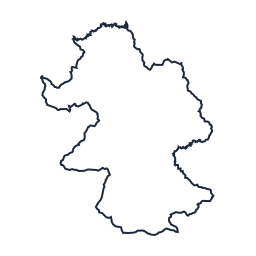 the district of Frontino, Antioquia, Colombia, rotated 275°
{"feature_id": "7082276B55933197621379", "entity_name": "Frontino", "entity_type": "district", "adm_level": 2, "iso_a3": "COL", "parent_name": "Colombia", "parent_adm1": "Antioquia", "projection": "mercator", "projection_center": [-76.301, 6.705], "detail": "fine", "context": "isolated", "style": "outline", "palette": "slate", "viewbox_px": 256, "rotation_deg": 275, "n_neighbors": 0, "source": "geoboundaries", "source_scale": "gbopen_adm2", "svg_char_len": 5825}
<svg xmlns="http://www.w3.org/2000/svg" viewBox="0 0 256 256"><g transform="rotate(275 128 128)"><path d="M171.0,37.0L170.3,37.0L169.8,37.8L166.1,39.6L164.9,41.1L162.9,42.0L161.3,41.6L159.0,41.6L155.5,39.9L153.2,39.9L150.8,42.0L149.5,43.8L146.9,44.0L144.0,45.6L142.0,53.3L141.3,54.9L139.8,56.6L139.9,57.7L141.0,59.0L141.5,65.1L139.4,68.3L141.0,68.9L144.8,67.3L144.2,69.3L147.5,72.8L147.2,73.5L145.6,74.0L145.1,76.5L147.1,80.0L148.5,80.8L148.1,81.4L149.9,84.2L149.5,86.1L147.9,86.8L147.3,87.9L145.1,88.8L143.1,90.5L141.1,94.8L139.6,96.5L138.7,96.3L136.9,97.1L134.6,96.8L133.9,97.2L133.1,98.6L132.7,98.4L130.4,96.3L127.8,95.2L126.9,94.4L127.3,90.6L126.8,89.7L125.8,89.1L125.6,88.3L121.4,86.7L118.9,85.1L114.9,85.7L112.3,85.3L110.6,82.2L108.0,80.0L106.9,80.6L106.0,78.1L104.5,76.5L102.1,75.2L100.6,75.2L99.1,74.6L97.9,72.1L96.2,70.7L95.3,68.0L94.5,67.0L90.5,66.0L89.5,64.3L88.4,64.5L87.7,64.0L86.5,64.0L85.3,64.9L85.5,66.0L84.6,67.2L81.9,69.1L81.1,73.4L82.2,76.1L81.7,77.7L81.8,80.1L80.9,82.8L81.5,87.9L83.2,91.8L83.4,99.9L82.9,102.2L86.1,106.3L85.2,108.0L85.3,109.0L85.9,110.2L85.4,111.1L79.8,114.0L78.3,112.1L74.6,110.7L74.3,110.3L73.5,110.4L71.1,109.7L69.5,108.7L67.4,109.7L66.1,109.0L56.9,108.0L54.0,107.0L50.3,104.5L46.5,102.9L44.4,104.7L43.8,106.0L41.5,106.7L40.8,109.9L37.3,114.1L36.8,116.2L37.0,117.6L37.8,118.8L32.9,120.1L30.8,121.5L29.0,124.1L28.5,129.8L25.8,130.6L22.9,132.4L23.3,133.7L23.4,137.4L24.3,142.9L25.1,144.9L26.5,146.4L27.2,152.0L26.4,154.1L24.6,156.9L24.6,158.5L23.8,160.1L23.7,163.8L25.3,166.7L26.6,167.7L27.0,169.4L28.1,171.4L30.8,174.2L31.2,175.3L30.1,179.7L30.0,182.6L28.8,184.7L28.7,186.6L31.9,185.9L33.5,184.8L35.7,179.1L37.2,178.6L38.4,177.2L40.6,176.8L42.2,176.9L43.3,178.6L44.6,178.6L45.5,178.0L48.4,183.2L48.0,185.6L48.1,187.8L48.6,189.3L49.7,191.0L48.8,192.7L46.5,194.2L45.9,195.6L47.6,196.9L47.9,198.7L49.0,200.0L49.4,201.5L50.5,202.7L52.2,202.8L53.0,203.9L55.4,205.2L56.9,205.0L57.7,203.9L58.7,204.4L59.0,206.3L59.6,207.1L61.0,207.5L61.9,208.7L62.3,216.1L65.2,217.6L66.3,217.7L66.8,218.5L67.8,219.0L70.4,216.5L73.3,215.8L73.9,214.7L74.3,211.3L75.0,209.6L74.8,207.5L75.6,206.5L75.3,205.6L75.7,203.1L77.6,202.0L76.8,200.3L76.8,198.9L78.7,196.3L81.2,194.2L83.6,191.0L83.4,189.3L85.9,189.3L87.3,187.4L88.4,186.6L89.8,186.3L89.4,184.6L91.0,183.9L92.2,183.9L91.7,181.6L95.4,181.1L95.5,179.1L94.9,178.6L95.5,177.7L97.5,177.9L98.3,177.4L99.1,178.1L99.8,177.6L101.3,177.8L103.5,176.9L104.5,175.7L105.7,176.3L106.3,175.1L107.9,176.5L108.9,176.4L109.4,178.0L110.1,178.8L111.2,179.0L111.7,179.9L113.5,179.9L113.0,180.4L113.4,181.9L112.9,182.6L112.5,182.6L112.4,183.1L113.8,184.6L113.0,185.0L113.3,185.9L112.5,187.0L112.9,187.7L114.1,187.4L114.2,188.3L115.1,188.3L115.6,188.9L115.7,190.0L116.3,190.2L116.6,190.7L115.8,192.0L117.0,192.5L118.3,190.9L118.5,191.3L118.0,192.9L118.8,193.0L119.8,193.8L120.9,193.6L121.4,194.2L120.9,196.4L120.0,196.5L120.4,197.2L120.1,198.0L121.0,198.4L121.4,199.5L122.4,199.7L122.5,200.1L122.2,201.1L121.0,201.0L120.5,203.2L121.7,205.9L123.1,206.7L123.5,208.5L125.0,209.3L127.7,209.7L128.4,210.5L130.2,211.0L131.9,212.0L133.0,211.9L134.9,210.8L136.2,211.5L138.2,210.6L138.6,209.2L140.7,208.2L141.3,207.1L141.3,203.8L143.9,203.1L144.6,200.9L146.5,199.1L147.5,199.4L149.4,198.8L150.3,198.3L150.9,197.0L151.8,198.0L153.1,197.9L154.7,199.4L155.6,199.1L157.7,199.6L159.1,198.4L161.3,198.4L162.7,194.7L164.4,193.3L165.2,191.8L167.1,190.1L167.7,188.7L169.6,187.2L170.2,185.8L170.4,184.4L175.4,183.3L177.8,184.3L178.9,184.3L179.9,183.5L180.8,183.4L181.0,182.5L182.4,181.5L183.1,180.6L183.3,178.4L186.2,179.0L188.6,178.7L190.5,177.1L191.2,177.1L191.6,177.7L192.2,177.7L194.0,176.9L195.3,175.8L197.2,175.5L196.3,173.9L198.2,168.6L197.1,166.0L200.2,161.7L199.4,161.2L199.4,159.9L198.1,158.1L193.9,156.8L193.3,149.9L194.4,148.2L192.8,147.6L192.3,146.8L190.0,146.2L187.9,144.9L188.6,143.2L190.3,141.0L191.3,138.9L193.3,138.2L194.5,138.6L196.5,136.6L199.2,136.1L201.5,136.3L202.8,136.1L204.6,133.7L207.3,132.8L207.7,132.1L207.3,131.5L207.4,130.3L209.3,127.3L210.2,126.8L213.0,127.3L214.1,126.5L216.6,127.0L217.6,125.5L221.8,124.5L224.0,122.8L224.9,121.7L225.2,119.7L226.6,118.5L228.9,118.7L231.2,118.2L233.1,116.9L232.4,116.7L231.0,117.1L230.4,116.1L229.7,115.9L229.3,116.4L229.5,117.1L229.2,117.7L227.4,116.4L228.5,114.8L227.8,114.4L228.0,113.1L228.8,112.9L227.9,111.0L227.2,110.9L227.2,110.4L227.7,109.6L228.5,109.6L228.3,108.8L228.6,107.3L229.4,107.0L230.4,107.3L230.9,106.5L230.4,106.0L230.6,105.4L229.8,105.4L228.7,104.1L227.9,103.9L227.4,103.4L228.6,103.0L229.4,103.2L229.8,102.7L229.0,101.3L228.2,100.8L228.9,100.3L228.8,99.7L228.3,99.3L228.6,98.7L228.4,97.6L227.7,97.9L227.3,97.3L227.9,96.3L228.9,96.8L229.2,96.3L229.7,96.3L229.1,95.0L229.6,94.5L230.1,95.0L230.4,94.3L229.0,93.4L228.9,92.2L227.9,91.9L227.3,92.6L226.8,92.6L225.2,90.7L224.9,89.2L222.9,88.2L222.8,87.5L221.8,87.2L222.0,86.0L221.1,85.3L222.0,83.6L220.8,83.0L220.4,82.2L218.7,82.5L218.1,81.3L217.3,82.2L217.2,81.1L216.8,80.8L217.2,80.4L216.5,80.0L216.9,79.6L216.0,79.7L216.0,78.8L215.2,78.3L214.8,78.6L214.3,78.0L213.7,78.1L213.9,77.2L212.2,75.3L212.0,74.5L212.4,74.3L212.8,72.9L211.7,71.0L212.3,70.3L211.7,70.1L212.0,69.3L210.8,69.6L210.8,69.3L211.7,68.7L212.1,66.2L212.6,67.0L213.7,67.0L214.3,66.6L214.4,66.0L213.2,66.4L212.3,65.7L211.6,65.7L208.7,67.1L207.4,68.6L204.8,73.1L202.3,73.8L201.5,76.6L200.0,77.9L199.3,77.9L199.0,77.1L195.5,76.4L194.5,75.0L192.8,74.4L191.5,72.6L189.9,71.8L185.5,71.1L184.4,71.1L183.5,71.5L183.9,67.8L183.8,66.9L183.4,66.7L182.1,66.7L180.3,67.4L179.1,66.6L178.7,65.8L177.7,66.6L175.2,67.3L172.3,67.5L169.2,64.5L168.8,62.9L167.8,61.4L168.0,60.9L166.3,59.3L166.2,58.7L164.6,56.9L162.1,55.8L162.0,53.5L162.5,52.8L162.5,51.3L164.2,50.1L165.0,48.2L166.6,47.6L168.3,46.1L168.5,45.1L169.8,43.5L170.4,40.8L170.3,39.1L172.1,37.9L171.0,37.0Z" fill="none" stroke="#1e293b" stroke-width="2"/></g></svg>